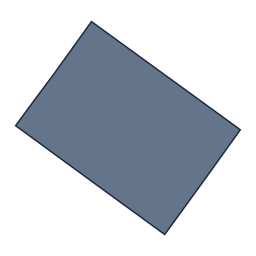 Hodgeman, Kansas, United States of America, rotated 36°
{"feature_id": "52423323B97226868441645", "entity_name": "Hodgeman", "entity_type": "district", "adm_level": 2, "iso_a3": "USA", "parent_name": "United States of America", "parent_adm1": "Kansas", "projection": "equal_earth", "projection_center": [-99.838, 38.088], "detail": "fine", "context": "isolated", "style": "filled", "palette": "slate", "viewbox_px": 256, "rotation_deg": 36, "n_neighbors": 0, "source": "geoboundaries", "source_scale": "gbopen_adm2", "svg_char_len": 294}
<svg xmlns="http://www.w3.org/2000/svg" viewBox="0 0 256 256"><g transform="rotate(36 128 128)"><path d="M220.3,128.1L220.1,90.3L219.9,63.5L216.1,63.4L35.9,63.4L36.3,127.7L35.9,160.0L35.7,192.2L134.9,192.5L220.3,192.6L220.3,128.1Z" fill="#64748b" stroke="#1e293b" stroke-width="1.5"/></g></svg>